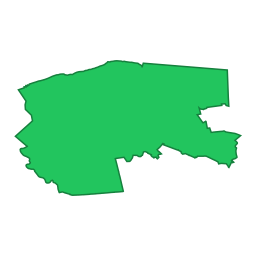 Sluis, Zeeland, Netherlands (Robinson projection)
{"feature_id": "6326949B19414277691711", "entity_name": "Sluis", "entity_type": "district", "adm_level": 2, "iso_a3": "NLD", "parent_name": "Netherlands", "parent_adm1": "Zeeland", "projection": "robinson", "projection_center": [3.526, 51.325], "detail": "fine", "context": "isolated", "style": "filled", "palette": "green", "viewbox_px": 256, "rotation_deg": 0, "n_neighbors": 0, "source": "geoboundaries", "source_scale": "gbopen_adm2", "svg_char_len": 5343}
<svg xmlns="http://www.w3.org/2000/svg" viewBox="0 0 256 256"><path d="M227.3,70.0L143.3,63.2L142.0,67.4L142.0,65.7L139.4,64.4L137.9,63.3L134.5,62.9L131.8,62.3L130.2,62.3L128.0,62.0L126.3,61.8L124.2,61.3L122.6,61.6L121.1,61.1L119.2,61.0L117.0,60.8L115.0,60.9L112.9,61.3L110.8,61.5L109.8,62.0L108.8,61.8L107.7,61.8L107.2,62.5L106.6,63.0L105.7,63.5L105.1,64.1L104.2,64.7L103.0,65.2L101.5,65.7L100.0,66.1L97.9,67.1L95.7,67.8L94.4,68.4L93.0,68.6L91.0,69.4L89.1,69.5L87.2,70.3L85.4,70.5L83.5,71.4L80.4,71.6L79.2,71.7L77.0,72.2L74.7,73.2L72.5,74.5L70.2,74.4L67.5,75.2L64.7,74.7L63.9,74.0L62.7,74.0L60.7,74.1L59.6,74.3L58.2,74.8L57.1,74.8L56.2,75.0L52.4,76.3L50.9,77.0L49.2,77.8L47.3,78.6L44.8,79.5L42.7,80.1L40.6,80.7L38.4,81.1L36.5,81.8L32.0,83.2L30.6,83.8L30.3,83.7L29.2,84.2L28.8,85.2L27.5,85.0L27.5,86.0L25.9,85.7L26.1,86.9L24.1,86.8L24.1,87.9L22.2,88.5L18.4,89.8L26.0,101.1L25.1,104.8L25.4,109.4L31.4,115.2L32.5,120.9L15.4,136.3L27.1,146.3L27.5,146.2L27.9,146.1L26.6,146.7L25.4,147.5L24.3,148.0L23.9,148.2L22.5,148.5L21.7,148.5L21.4,148.5L21.1,148.6L20.7,148.8L20.4,149.1L20.3,149.3L20.3,149.6L20.2,149.7L20.3,150.3L20.4,151.1L20.6,151.4L20.6,151.6L21.3,152.8L21.5,153.0L22.9,154.7L23.9,155.5L24.2,155.6L25.2,156.1L25.9,156.3L26.3,156.4L27.4,157.1L28.0,157.3L28.4,157.5L28.9,157.8L29.0,158.0L29.4,158.4L29.5,158.4L29.6,158.7L29.7,159.0L29.7,159.4L29.6,159.9L29.4,160.2L29.3,160.6L29.4,160.8L29.5,161.1L29.5,161.6L29.7,161.8L30.1,162.2L30.2,162.4L30.3,162.5L30.2,163.0L29.7,163.6L29.2,163.9L28.9,164.1L28.4,164.2L28.0,164.3L27.5,164.2L27.1,164.4L26.8,164.5L26.6,164.6L26.2,165.0L26.1,165.3L26.1,165.7L26.2,166.0L26.3,166.4L26.4,166.7L27.1,167.5L27.5,167.8L27.9,168.2L28.3,168.4L28.7,168.6L29.1,168.7L29.5,168.7L30.0,168.8L30.4,169.0L31.6,169.2L32.2,169.2L32.8,169.2L33.1,169.2L33.6,169.4L34.2,169.8L34.4,170.1L34.6,170.3L34.7,170.8L34.7,171.2L34.8,171.4L37.4,174.7L38.4,176.1L38.9,176.6L39.6,177.0L40.5,177.3L42.1,177.6L42.8,177.8L43.4,178.0L43.8,178.4L44.5,179.0L44.9,179.6L45.1,180.0L45.4,181.0L45.6,181.4L45.7,181.8L45.8,182.1L45.9,182.3L46.1,182.5L46.6,182.8L47.0,183.0L47.5,183.0L48.0,183.0L48.6,182.9L49.1,182.8L49.7,182.5L50.1,182.2L50.4,181.8L50.6,181.3L51.3,180.8L52.0,180.4L52.3,180.3L52.5,180.3L52.8,180.6L53.0,181.0L53.1,181.5L53.1,181.9L53.1,182.0L53.3,182.2L53.6,182.5L54.0,182.6L54.8,182.8L55.0,182.9L55.3,183.1L55.9,183.5L56.5,184.2L57.2,184.7L57.3,184.8L57.5,185.0L57.7,186.0L57.8,186.9L58.0,187.8L58.0,188.2L58.0,188.3L58.0,188.8L58.5,190.5L58.7,190.8L58.8,191.0L58.8,191.4L59.0,191.6L59.1,192.0L59.1,192.3L59.2,192.5L59.3,192.6L62.4,191.9L64.6,192.7L64.8,192.7L64.8,192.8L68.3,193.8L68.6,193.9L70.1,194.2L70.2,194.3L70.1,194.6L71.8,195.1L72.5,195.2L80.2,194.9L80.4,194.8L83.5,194.7L89.3,194.3L90.4,194.1L92.9,194.0L95.7,193.8L95.7,193.7L96.1,193.7L100.5,193.4L101.9,193.2L102.0,193.2L102.6,193.2L107.6,192.8L111.7,192.4L111.8,192.4L114.7,192.2L114.8,192.1L117.2,192.0L118.8,191.9L123.0,191.5L123.3,191.3L123.2,190.8L121.4,183.2L120.2,178.0L119.9,176.7L119.8,176.4L119.5,175.3L119.4,175.1L118.5,171.1L118.4,171.1L118.5,171.1L118.4,170.8L116.7,163.9L115.3,158.6L116.8,158.3L124.0,157.3L126.9,161.5L129.7,161.4L130.0,161.2L131.0,160.1L131.8,158.7L132.4,157.9L133.1,155.3L137.2,155.4L138.0,156.1L138.8,156.5L139.5,156.6L140.3,156.6L140.5,156.6L141.0,156.4L141.3,156.0L141.4,155.6L142.4,155.3L143.5,151.9L145.3,151.6L147.6,152.6L147.7,153.1L147.8,153.2L151.3,154.7L151.0,155.4L151.0,155.5L152.3,156.8L153.6,157.4L153.7,157.7L153.9,157.9L155.0,157.2L155.8,157.3L156.2,157.2L156.4,157.5L156.5,157.9L157.2,158.7L157.3,158.7L157.5,158.8L158.9,157.2L158.0,155.7L158.5,154.5L160.5,154.2L161.4,153.9L159.6,152.2L158.9,151.5L158.5,151.5L157.1,149.6L160.1,146.9L162.8,143.5L163.9,144.0L163.3,144.7L177.2,149.9L177.4,149.9L177.5,150.0L178.4,150.2L178.5,150.1L178.6,150.3L178.9,150.6L181.0,151.6L181.3,152.9L182.6,154.1L182.8,154.1L185.5,153.6L188.3,154.9L188.8,155.0L189.0,155.4L189.1,155.5L189.7,155.4L189.8,155.5L194.6,157.6L194.8,157.8L194.9,157.7L194.9,157.8L195.1,157.8L196.7,157.3L197.0,157.0L197.4,156.2L203.5,156.2L204.2,156.0L204.7,156.1L206.1,156.1L208.4,157.2L208.7,157.3L211.7,158.8L215.8,160.7L218.0,161.9L218.7,163.9L219.6,163.7L220.6,163.5L221.7,163.4L225.6,163.7L226.4,163.8L228.1,166.2L228.4,166.8L228.5,167.2L228.6,167.3L228.9,167.5L229.1,167.1L231.6,162.1L232.5,162.7L233.7,162.2L231.6,160.3L233.6,158.9L234.0,158.9L234.8,158.8L235.0,158.7L236.7,157.6L236.9,157.4L237.0,157.2L236.9,156.7L236.2,154.3L235.9,151.6L235.9,150.8L236.1,149.4L236.5,148.2L236.5,147.9L236.3,147.7L235.6,147.3L235.5,147.2L235.4,147.1L235.4,146.7L235.3,146.3L235.4,145.8L235.4,145.6L237.2,143.6L237.3,143.4L237.3,142.9L237.2,142.6L237.1,142.4L235.0,140.3L240.6,135.6L238.7,134.8L235.2,133.5L234.7,133.4L230.2,132.7L226.0,132.0L225.3,131.7L224.8,131.4L224.4,131.1L224.0,131.0L223.2,131.1L222.7,131.3L219.7,131.5L212.9,132.2L212.6,132.3L211.2,132.4L209.7,128.0L207.3,128.3L206.0,121.5L205.7,121.3L205.5,121.5L203.0,122.8L202.1,121.7L197.2,114.7L200.7,114.0L199.2,108.1L199.3,108.2L199.6,108.3L200.1,108.8L200.4,108.9L200.6,109.0L201.0,109.1L202.6,109.3L203.2,109.5L203.6,109.5L203.8,109.4L204.0,109.3L204.2,108.9L204.3,108.7L204.5,108.7L205.0,108.8L205.4,108.7L205.7,108.7L206.7,108.2L206.9,107.4L221.8,105.4L221.5,104.0L222.4,104.0L225.0,103.7L226.2,105.5L228.8,106.2L228.3,97.2L227.3,70.0Z" fill="#22c55e" stroke="#15803d" stroke-width="1.5"/></svg>